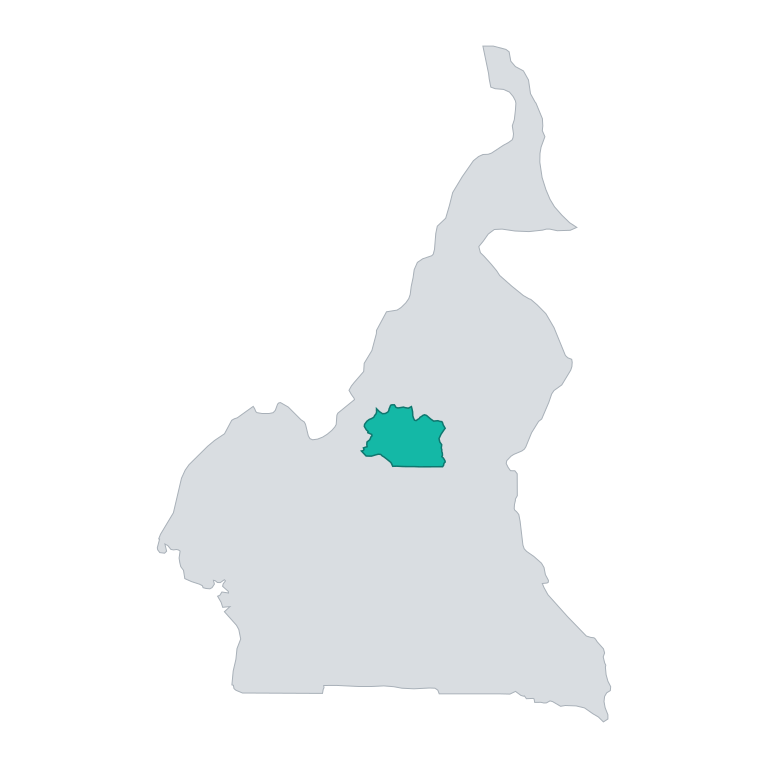 Djerem, Adamaoua, Cameroon (highlighted)
{"feature_id": "32672807B72380332498823", "entity_name": "Djerem", "entity_type": "district", "adm_level": 2, "iso_a3": "CMR", "parent_name": "Cameroon", "parent_adm1": "Adamaoua", "projection": "orthographic", "projection_center": [12.686, 6.508], "detail": "fine", "context": "in_parent", "style": "filled", "palette": "teal", "viewbox_px": 768, "rotation_deg": 0, "n_neighbors": 0, "source": "geoboundaries", "source_scale": "gbopen_adm2", "svg_char_len": 5074}
<svg xmlns="http://www.w3.org/2000/svg" viewBox="0 0 768 768"><path d="M158.7,538.9L160.5,534.3L173.4,512.8L181.5,478.2L185.2,470.1L189.0,464.7L207.6,446.3L214.5,440.5L224.5,433.8L231.7,420.3L234.1,418.9L237.3,417.8L253.2,406.4L254.6,408.6L255.7,411.4L256.8,412.6L262.0,413.5L269.1,413.5L273.1,412.7L275.3,410.4L277.6,404.1L278.8,402.9L280.5,402.6L288.2,407.0L300.9,419.7L304.2,421.9L305.5,424.3L308.3,435.8L309.9,438.6L312.6,439.8L317.6,439.1L322.7,437.1L327.3,434.2L331.8,430.4L334.8,427.0L336.2,424.5L336.9,415.1L337.9,413.1L354.5,399.6L354.1,398.3L351.4,394.5L349.0,390.3L351.4,386.0L354.0,382.7L363.7,371.5L364.2,363.3L371.9,350.5L376.4,333.6L376.5,330.4L386.5,311.8L397.1,310.1L401.1,307.5L405.8,302.9L408.8,298.6L410.2,294.5L411.2,286.6L413.1,277.6L414.2,269.7L417.4,262.4L422.7,258.8L431.8,255.7L433.2,254.3L434.5,249.4L435.8,233.4L437.3,226.2L445.7,218.2L449.4,205.6L452.7,192.5L462.3,176.6L473.4,160.7L478.6,156.5L483.0,154.5L488.1,154.3L491.5,153.1L503.5,145.2L508.5,142.5L512.2,139.8L513.1,137.4L513.5,133.9L512.3,125.8L514.3,119.8L515.4,110.5L515.9,103.3L515.4,100.8L513.2,96.6L509.5,92.1L503.5,89.4L495.2,88.7L490.8,87.1L489.2,78.8L488.6,73.6L482.9,46.1L493.3,46.1L505.9,49.4L509.1,51.8L510.8,61.2L515.4,66.6L523.4,70.9L528.5,80.0L530.5,93.7L535.0,101.9L536.0,103.2L542.4,118.7L542.8,125.9L542.3,130.7L544.9,136.7L541.1,147.0L540.0,153.3L539.8,162.1L542.1,177.6L545.9,189.6L550.0,199.3L554.5,206.8L561.8,215.1L569.6,222.7L576.8,227.4L570.2,230.3L557.2,230.7L549.8,229.1L546.3,229.1L542.7,230.1L528.9,231.6L515.0,231.0L502.1,229.1L494.3,229.5L488.2,234.1L483.3,241.1L478.8,246.6L480.4,252.7L483.9,256.1L490.6,263.5L496.6,270.7L499.7,275.5L511.7,286.1L523.3,295.5L528.8,298.7L530.8,299.4L537.1,304.8L545.9,313.7L554.0,327.6L565.4,355.5L567.8,357.8L571.7,359.3L572.2,362.2L571.9,366.6L570.7,370.2L561.8,384.9L554.0,390.5L551.7,393.9L548.8,402.4L541.7,419.0L538.6,421.4L531.6,432.7L525.8,446.9L524.4,449.1L522.0,450.9L513.8,454.4L511.0,456.2L506.8,460.6L506.2,463.5L508.2,467.5L510.5,470.7L514.9,470.8L517.2,473.8L517.3,495.7L515.4,499.1L515.4,500.5L514.5,504.3L514.2,508.6L514.8,510.2L516.5,511.6L518.8,514.5L520.1,521.3L522.9,545.0L524.2,548.8L526.6,551.4L533.9,556.5L541.5,563.2L544.0,567.5L545.4,574.7L548.4,580.3L548.3,582.2L547.1,583.0L542.3,583.5L544.0,587.6L547.9,594.7L567.5,616.6L586.3,636.0L590.7,637.4L594.0,637.8L595.4,639.0L597.2,641.8L603.5,648.9L604.6,653.0L603.2,656.9L604.7,663.0L605.8,665.2L605.4,667.2L606.1,674.7L607.9,681.2L610.7,686.7L610.3,690.6L606.7,692.8L604.6,696.4L604.0,701.5L605.1,707.6L607.9,714.8L607.9,719.0L603.4,721.9L598.4,717.0L592.8,713.7L584.5,707.9L576.1,705.9L565.3,705.5L560.6,706.3L552.6,701.6L550.0,700.9L546.4,702.9L543.9,703.0L540.9,702.3L534.7,702.4L534.1,699.0L533.1,698.4L526.4,698.7L524.4,695.9L523.5,696.2L520.9,695.4L515.5,691.4L509.9,694.1L498.2,693.8L439.2,693.8L437.8,690.1L434.9,688.2L429.5,688.0L413.9,688.8L401.9,688.2L393.8,686.7L383.8,685.9L371.5,686.5L358.8,686.5L336.2,685.4L323.7,685.5L324.0,687.8L323.2,689.4L322.5,693.4L242.5,693.0L236.0,690.3L234.0,688.6L233.4,685.3L231.9,684.9L233.2,671.0L235.9,659.4L237.0,648.6L240.7,639.0L238.8,629.5L236.5,625.3L224.4,611.7L230.0,606.6L222.7,607.3L221.1,602.3L217.6,596.2L219.8,595.3L221.9,592.0L228.5,593.0L228.3,591.4L222.6,586.3L223.2,583.8L225.5,580.9L224.4,579.7L220.3,582.6L217.4,582.5L215.1,580.6L213.4,580.3L214.4,584.1L212.1,587.6L209.9,588.8L206.2,588.5L203.1,587.7L202.4,585.7L199.5,584.2L191.5,581.6L184.8,578.6L183.5,570.3L180.8,566.7L179.8,562.7L179.1,558.1L180.1,551.1L178.4,549.9L176.4,549.5L173.5,549.9L170.9,549.4L167.7,545.5L164.9,544.0L166.6,551.2L164.6,553.2L159.8,552.6L157.7,549.8L157.3,547.8L159.6,539.1L158.7,538.9Z" fill="#d9dde1" stroke="#a8b0b8" stroke-width="1"/><path d="M442.6,466.7L443.6,465.3L443.9,463.4L445.2,462.0L445.0,460.9L444.8,460.5L444.4,459.8L443.4,458.1L441.8,456.6L442.5,455.3L442.3,453.0L441.7,451.3L441.8,449.7L441.3,448.0L441.7,444.7L439.8,442.0L439.0,438.6L441.0,434.3L444.6,429.0L445.0,428.6L445.2,428.3L443.2,424.9L442.5,422.6L441.8,421.6L439.9,421.4L437.9,420.7L433.5,421.1L433.0,420.6L430.8,419.1L428.7,417.3L426.5,415.4L424.5,414.8L422.8,415.4L421.6,416.4L420.0,417.3L419.2,418.6L417.9,419.3L417.2,419.8L416.1,420.6L414.5,420.2L413.6,418.3L412.8,415.9L412.6,411.8L412.0,408.9L411.4,406.6L408.3,408.2L405.0,407.6L403.5,407.1L397.9,408.0L395.8,407.3L395.3,406.2L394.4,404.8L391.9,404.8L390.6,405.3L389.9,407.1L389.1,408.9L388.8,410.5L387.8,412.1L385.3,413.5L382.5,413.7L379.4,411.6L376.5,408.7L376.5,410.3L376.6,412.0L376.0,413.9L374.8,415.3L374.6,415.6L373.9,417.1L372.9,417.8L371.2,418.7L369.3,419.4L366.9,421.2L364.6,424.3L364.3,426.4L366.3,429.8L368.1,431.5L367.8,432.7L371.7,434.4L372.0,435.9L371.1,436.6L369.8,439.7L367.0,442.0L366.8,444.6L367.1,446.7L365.4,447.2L363.4,447.9L364.0,449.5L363.4,450.5L361.8,450.9L361.4,451.0L366.1,456.0L369.1,456.1L371.6,456.1L375.6,454.9L378.3,454.2L380.7,454.4L382.2,455.9L383.9,456.9L386.4,458.8L390.7,462.3L391.5,463.5L392.7,466.3L396.8,466.2L402.6,466.5L407.2,466.6L414.5,466.6L419.4,466.8L442.6,466.7Z" fill="#14b8a6" stroke="#0f766e" stroke-width="1.5"/></svg>